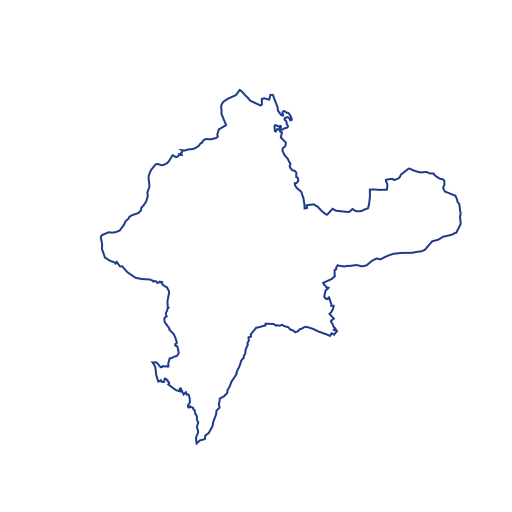 the district of Cristuru Secuiesc, Harghita, Romania, rotated 131°
{"feature_id": "2599482B57378647357474", "entity_name": "Cristuru Secuiesc", "entity_type": "district", "adm_level": 2, "iso_a3": "ROU", "parent_name": "Romania", "parent_adm1": "Harghita", "projection": "mercator", "projection_center": [25.043, 46.281], "detail": "fine", "context": "isolated", "style": "outline", "palette": "blue", "viewbox_px": 512, "rotation_deg": 131, "n_neighbors": 0, "source": "geoboundaries", "source_scale": "gbopen_adm2", "svg_char_len": 6140}
<svg xmlns="http://www.w3.org/2000/svg" viewBox="0 0 512 512"><g transform="rotate(131 256 256)"><path d="M436.4,177.8L431.9,177.4L429.3,175.4L427.4,174.5L424.9,176.5L420.6,175.5L414.4,176.9L412.3,177.5L409.7,179.2L401.7,182.2L398.6,184.4L394.4,184.0L391.9,187.2L390.3,187.7L387.4,189.8L382.6,188.0L381.2,188.2L380.1,187.8L378.2,187.9L377.2,188.4L376.0,189.5L371.8,190.2L367.2,192.0L358.1,193.2L357.2,193.7L357.1,194.1L353.0,195.5L351.4,195.7L347.1,197.3L345.0,198.4L344.1,198.3L343.2,198.8L341.3,198.3L339.0,199.8L337.2,199.9L335.2,201.1L334.3,202.0L329.5,203.7L328.7,203.7L327.4,205.2L324.1,206.1L322.9,207.9L322.2,208.3L320.4,206.9L319.7,207.1L318.8,208.5L309.8,208.8L309.2,208.0L302.1,203.3L300.9,204.4L300.5,204.0L295.7,198.0L295.5,195.3L294.2,194.5L293.9,193.5L292.9,192.3L290.7,191.1L290.7,189.3L288.6,185.0L289.0,181.5L288.1,180.1L287.7,176.2L285.0,174.9L282.8,175.0L281.4,174.0L278.1,172.9L276.9,172.0L275.8,170.3L273.7,165.4L271.9,159.0L268.5,150.3L267.8,147.7L264.6,148.2L264.2,145.5L259.5,145.6L259.3,147.7L260.4,147.8L260.6,148.9L258.6,148.7L258.6,150.8L256.9,154.1L256.2,156.5L255.5,156.9L252.2,156.1L251.5,162.5L249.1,162.4L245.6,163.1L242.6,164.7L244.2,166.6L243.0,167.5L239.3,173.8L239.7,174.0L241.3,173.6L242.2,174.3L242.1,175.7L242.5,176.0L241.9,177.9L236.3,180.9L233.2,180.3L232.4,180.5L233.5,182.4L232.9,184.4L233.0,185.7L232.2,187.7L223.6,183.7L219.3,183.3L218.9,184.1L214.9,187.5L213.7,186.8L213.1,186.9L212.1,187.9L209.4,188.3L208.4,186.2L205.9,182.4L203.0,180.1L202.1,178.8L197.4,174.7L196.5,173.6L194.3,169.3L193.0,168.2L190.5,166.4L183.5,165.3L179.1,163.5L178.5,163.0L177.1,160.2L175.7,159.3L172.6,158.2L168.8,156.4L164.3,153.8L158.5,148.5L151.1,140.2L147.3,137.3L144.6,134.7L140.8,132.6L129.3,132.7L124.3,129.2L118.5,127.3L113.5,123.6L109.9,121.3L108.8,121.3L107.2,120.1L97.4,122.6L92.2,128.1L90.2,129.0L83.4,136.7L83.0,139.2L81.5,141.3L79.7,145.0L83.4,155.7L81.8,159.6L78.5,160.6L75.6,163.3L75.6,165.6L76.9,167.6L77.5,170.7L77.8,173.7L77.7,175.0L77.2,176.0L79.8,179.2L80.4,181.7L81.1,182.9L84.4,186.0L86.0,188.4L88.5,194.3L89.0,196.9L89.9,198.1L99.2,200.0L103.1,199.1L107.5,201.1L108.3,202.1L108.1,203.3L109.9,205.3L113.3,207.9L114.3,206.9L115.7,204.0L117.3,202.5L120.1,200.7L125.3,206.4L128.2,210.4L131.2,213.6L136.4,209.0L142.5,204.8L146.2,202.9L146.6,202.8L149.8,204.7L151.3,205.2L152.9,206.0L154.7,207.6L156.7,210.3L157.2,214.0L161.4,214.5L163.0,216.2L169.4,225.4L170.1,229.2L178.0,229.4L178.7,230.3L179.0,235.6L178.3,242.2L178.9,243.8L178.9,245.1L179.2,246.4L184.4,251.0L186.3,249.0L188.2,250.5L185.5,253.1L182.5,256.6L180.8,258.7L180.9,258.9L178.0,263.6L177.8,265.3L178.0,266.8L177.8,270.0L177.5,271.8L176.8,273.3L176.3,273.7L175.8,274.5L175.5,274.5L174.5,273.3L171.7,273.2L169.5,275.8L170.0,277.5L167.0,279.9L166.5,280.8L166.3,282.9L167.2,284.1L167.6,285.4L167.1,286.5L167.0,288.1L166.1,289.5L164.4,290.1L163.5,291.0L163.2,292.6L161.8,295.7L161.2,300.5L159.3,304.9L157.2,306.6L154.1,305.9L152.2,306.8L150.8,307.9L150.3,315.0L145.8,317.4L145.7,318.1L146.3,319.0L145.4,321.3L145.6,322.5L146.5,323.3L148.2,322.7L149.1,322.8L149.3,323.7L148.9,324.3L145.8,327.2L145.1,327.5L144.3,327.0L143.3,323.4L142.1,323.1L141.7,322.7L142.0,322.0L142.8,321.5L143.8,321.5L144.1,320.9L144.1,319.9L143.2,318.8L141.6,318.6L138.8,316.8L137.8,316.7L136.8,317.4L136.4,318.3L136.3,319.3L134.7,321.1L134.3,322.4L134.4,323.8L133.8,324.5L132.6,324.6L130.3,323.1L130.3,320.9L131.1,319.2L130.4,318.5L129.6,318.4L127.7,321.5L126.8,325.3L127.1,326.2L127.8,326.8L128.0,329.6L128.6,330.3L129.8,330.4L130.8,329.9L131.7,328.0L132.3,327.7L132.9,328.8L133.0,330.4L131.9,334.8L129.7,337.1L123.4,348.9L124.9,350.9L129.3,348.6L131.6,353.3L133.7,354.6L137.9,350.9L139.5,351.4L142.6,362.4L142.0,365.1L141.8,369.1L141.1,375.1L141.4,377.2L147.8,376.7L155.1,380.1L159.9,381.6L162.4,381.7L164.6,381.2L166.6,379.9L168.6,377.6L171.3,375.4L176.9,364.4L184.8,367.1L189.7,364.9L190.9,363.2L191.4,363.1L193.3,363.6L197.1,366.3L198.7,368.0L199.5,369.3L201.6,371.2L204.5,371.6L206.0,371.0L207.3,371.7L210.8,371.5L215.1,372.9L217.3,374.3L219.5,376.6L223.3,379.1L225.0,381.7L225.0,380.3L225.8,380.0L227.3,380.1L228.4,378.3L229.2,379.3L229.2,380.3L229.5,380.9L231.3,380.2L233.5,380.9L233.9,381.4L234.5,384.8L234.7,385.0L241.9,383.9L244.6,384.1L248.0,385.6L249.4,386.8L251.2,390.9L252.9,391.9L260.1,391.6L265.4,389.8L267.6,388.3L273.0,382.4L274.4,381.6L279.2,379.7L281.9,376.9L287.0,374.6L291.8,374.0L294.6,374.2L297.3,372.7L300.8,373.0L306.4,376.2L309.5,377.3L311.3,376.7L315.3,377.3L319.0,376.1L326.4,375.6L329.6,377.3L331.7,378.9L333.1,380.2L334.2,382.1L335.0,382.9L341.5,386.0L343.6,385.6L348.1,379.8L351.8,376.8L356.3,368.9L355.4,363.2L353.7,358.8L353.8,357.0L351.8,357.3L353.1,351.9L351.6,350.1L352.6,342.4L351.5,332.6L348.1,326.8L343.3,320.6L342.3,317.5L342.7,317.3L342.7,316.8L341.9,316.6L340.7,314.9L341.1,312.8L340.6,312.4L338.6,311.8L338.8,311.3L337.5,310.4L337.3,309.8L338.3,309.4L338.2,308.8L338.7,308.2L338.9,307.3L338.1,302.2L338.6,301.7L339.3,299.4L340.4,297.7L348.6,292.9L350.7,290.7L352.2,289.5L352.4,288.1L353.7,288.3L355.1,287.4L358.0,286.6L359.1,285.8L360.2,283.8L362.8,284.5L363.9,283.7L365.8,281.5L367.3,274.9L367.7,273.6L368.5,273.0L368.8,268.1L369.0,266.7L370.3,263.7L373.2,259.0L374.1,258.7L375.6,259.1L376.5,258.3L376.5,257.7L375.9,256.5L376.1,255.6L379.6,251.0L381.0,250.3L383.3,250.2L386.3,252.0L388.7,252.9L389.9,254.0L394.7,251.7L396.9,249.6L397.7,250.3L398.0,251.4L399.1,252.2L400.2,254.1L401.1,253.9L402.5,255.0L401.7,260.0L401.8,261.7L404.2,264.3L404.8,261.7L406.2,258.8L411.3,253.2L414.9,247.4L413.1,246.4L412.3,246.5L412.2,245.8L412.8,244.6L412.4,243.7L411.2,242.8L408.4,244.4L408.0,243.7L407.8,241.7L408.0,240.9L408.6,240.4L408.4,238.6L409.8,237.8L410.4,237.9L410.0,230.7L409.6,228.1L408.0,224.5L406.2,226.5L405.3,226.0L408.0,219.8L404.9,219.6L406.1,217.3L405.0,216.4L405.0,215.5L407.1,212.5L409.7,210.0L410.2,209.7L413.1,209.4L414.3,208.6L414.6,207.6L414.5,207.2L412.7,207.1L412.8,206.3L411.9,204.1L412.8,202.6L412.6,201.3L415.2,197.7L415.2,196.7L415.9,195.4L418.4,193.1L419.4,190.5L423.8,188.4L426.2,184.8L427.4,183.8L430.8,182.8L433.1,181.5L435.0,179.6L436.4,177.8Z" fill="none" stroke="#1e3a8a" stroke-width="2"/></g></svg>